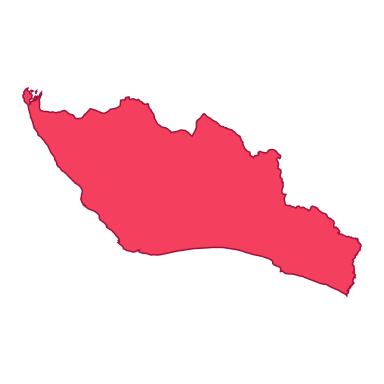 Jembrana, Bali, Indonesia (orthographic projection)
{"feature_id": "22746128B85592790675198", "entity_name": "Jembrana", "entity_type": "district", "adm_level": 2, "iso_a3": "IDN", "parent_name": "Indonesia", "parent_adm1": "Bali", "projection": "orthographic", "projection_center": [114.641, -8.314], "detail": "fine", "context": "isolated", "style": "filled", "palette": "rose", "viewbox_px": 384, "rotation_deg": 0, "n_neighbors": 0, "source": "geoboundaries", "source_scale": "gbopen_adm2", "svg_char_len": 5911}
<svg xmlns="http://www.w3.org/2000/svg" viewBox="0 0 384 384"><path d="M40.5,96.9L40.6,96.0L41.6,94.3L41.5,92.3L40.2,93.7L38.9,96.6L36.2,100.2L31.3,101.6L30.9,102.0L30.8,102.7L30.0,103.4L30.3,104.2L30.1,104.4L29.8,103.2L30.5,102.5L29.7,101.3L29.5,99.6L29.1,99.4L29.6,99.5L30.2,99.0L30.7,99.1L32.0,98.5L31.7,97.7L32.1,95.2L31.6,94.4L30.7,93.8L30.8,93.2L29.9,93.5L30.0,93.0L29.5,92.4L29.5,91.5L27.5,90.8L27.3,90.0L27.9,88.2L26.7,88.6L25.3,89.7L24.8,90.9L24.1,91.4L23.8,92.3L24.1,94.1L23.0,95.1L23.1,97.3L24.3,99.0L24.2,100.9L24.6,101.6L27.4,104.1L28.1,105.6L28.9,110.0L29.5,111.1L29.4,111.9L30.3,114.3L30.6,117.6L31.3,118.5L32.7,122.2L34.1,127.8L37.5,132.3L38.2,135.2L40.5,136.7L41.9,138.1L42.6,139.2L43.8,140.3L45.6,143.2L47.7,145.4L51.0,152.7L54.4,157.0L54.9,159.7L56.6,162.5L56.9,164.7L57.8,166.1L58.4,166.8L59.3,167.1L60.9,169.1L61.4,170.2L64.9,172.6L67.0,174.5L68.2,176.0L74.7,182.4L75.1,183.1L78.6,185.1L80.9,187.5L82.5,190.7L81.2,196.9L81.4,198.5L80.9,198.6L80.9,199.1L81.8,201.9L83.9,204.9L84.5,205.2L83.8,205.3L88.2,208.7L94.5,211.2L97.7,213.6L99.0,215.0L99.4,215.4L99.2,217.9L100.2,219.9L104.6,223.1L106.6,225.5L106.8,226.3L106.4,226.7L106.5,227.1L112.6,231.1L112.7,231.6L114.4,233.2L116.2,235.8L119.2,239.0L118.8,239.9L118.2,240.4L119.0,241.4L119.3,241.2L119.4,241.9L117.9,242.5L122.8,246.6L123.5,248.7L127.3,250.6L130.5,251.2L133.3,252.1L135.6,251.6L137.3,250.5L139.2,250.0L138.4,251.1L139.7,252.3L144.0,253.4L146.1,253.4L151.1,255.0L153.2,254.7L157.6,255.0L161.5,254.5L176.3,251.2L193.7,248.6L207.1,247.8L213.4,247.4L223.1,247.5L237.2,249.7L242.6,251.1L245.8,252.5L249.0,253.1L252.2,254.3L261.9,256.3L269.3,258.8L272.3,260.8L272.8,262.1L272.8,263.6L273.4,264.3L274.1,264.8L274.7,264.8L274.7,265.1L275.2,265.4L279.3,266.9L280.3,267.6L280.9,269.3L280.9,270.0L280.3,271.0L280.4,271.6L282.3,271.1L283.2,271.6L284.1,272.7L286.1,273.6L293.0,274.1L297.2,275.1L299.0,275.8L303.4,276.6L304.2,277.2L319.6,283.1L323.4,284.2L325.9,284.2L331.0,287.1L337.7,290.0L338.2,290.0L341.1,292.0L345.9,294.5L346.8,295.8L346.9,295.4L346.5,294.7L347.6,293.2L348.3,292.9L348.6,291.9L348.3,291.5L347.4,291.1L347.4,290.3L348.6,290.3L348.3,289.4L348.4,289.0L349.5,288.7L349.4,288.1L350.0,287.9L349.5,287.1L349.5,286.8L350.8,286.8L350.5,286.1L350.6,285.7L351.9,285.6L352.4,283.8L353.2,284.0L353.9,282.8L353.2,282.1L352.9,281.0L352.9,280.0L353.4,279.5L353.2,278.6L353.4,278.1L355.2,277.7L354.4,276.5L355.3,276.0L355.3,274.9L354.6,274.2L354.2,273.1L353.3,272.7L353.1,272.3L354.3,271.9L354.1,271.5L354.3,269.7L353.9,269.1L354.2,267.3L353.5,265.9L353.6,265.5L352.5,264.8L352.4,263.8L353.4,261.9L353.6,261.1L352.5,259.9L355.3,257.6L355.3,255.3L356.6,255.1L356.8,254.7L356.5,254.0L357.6,253.6L357.8,253.1L357.6,252.6L358.2,251.5L360.0,250.3L360.3,247.1L361.0,246.2L360.9,244.7L360.3,243.9L359.3,243.6L359.0,242.3L357.9,241.8L357.8,241.0L357.4,240.7L358.1,240.0L357.4,238.6L356.0,238.7L355.9,238.9L355.6,238.3L352.4,238.3L351.4,237.3L350.8,237.7L348.3,236.4L347.1,236.9L341.4,234.2L337.9,233.4L338.0,232.9L339.2,232.4L339.7,231.4L337.7,228.5L335.9,227.1L334.5,227.7L333.7,227.0L333.9,224.8L333.6,224.2L334.2,223.2L333.9,221.6L333.4,220.8L331.8,219.8L331.1,219.0L330.5,218.8L330.2,218.3L328.9,218.3L327.8,217.4L326.9,215.3L325.7,214.0L324.8,213.5L322.5,213.0L321.6,212.4L318.8,210.3L317.0,207.9L316.3,207.6L312.9,206.3L312.1,206.3L311.2,206.8L310.2,209.9L309.6,210.2L308.8,210.1L308.4,210.6L307.4,209.5L306.3,209.1L303.5,207.2L300.8,207.8L300.3,207.6L299.0,206.2L297.8,206.2L296.9,206.6L296.3,207.7L295.4,208.0L293.1,206.8L291.9,206.7L290.0,205.4L287.2,205.5L285.5,204.7L285.0,203.8L285.0,202.2L284.2,199.3L284.5,197.6L285.9,194.4L283.3,194.2L281.9,192.8L281.9,190.2L282.0,189.2L283.0,187.1L283.1,183.4L282.3,182.5L282.9,182.0L282.0,181.1L282.1,179.2L281.8,178.5L280.3,177.5L280.4,176.6L280.0,175.3L281.1,172.4L280.8,170.1L278.1,168.3L278.0,166.7L278.5,164.8L278.5,163.1L276.6,159.6L277.3,157.9L278.6,158.0L279.6,158.6L280.1,158.3L280.7,156.0L280.5,155.4L279.3,154.8L277.4,153.1L276.2,151.2L274.7,150.2L272.9,149.6L270.7,149.6L269.2,150.0L268.5,150.5L266.4,153.1L262.4,152.3L260.4,151.5L259.4,151.5L258.1,152.7L258.0,153.0L258.8,154.1L258.1,155.1L257.8,155.3L254.8,155.7L253.4,157.5L252.4,156.6L249.8,155.4L250.2,154.1L249.8,152.2L246.8,150.9L244.5,148.0L242.8,144.0L243.0,142.3L241.6,140.8L239.9,136.3L236.8,134.6L234.5,131.9L232.9,131.0L232.1,130.1L227.2,128.6L226.5,127.9L224.8,127.7L223.1,126.7L220.9,126.3L219.4,125.3L218.2,123.7L215.8,121.7L213.3,120.7L209.1,117.6L207.3,116.8L204.5,113.8L203.2,114.1L200.6,117.8L197.6,120.2L196.7,121.3L196.4,123.4L196.4,127.7L194.8,131.4L192.0,136.3L191.1,135.7L188.4,132.6L185.1,130.5L180.7,130.0L176.9,131.5L170.6,132.5L170.6,131.7L170.0,130.9L166.9,128.5L165.5,127.8L162.3,127.3L160.8,126.5L159.6,125.2L157.8,124.4L157.4,123.9L154.4,118.2L154.2,116.2L153.5,114.1L151.5,111.3L151.2,110.2L149.4,108.4L148.5,105.6L148.5,104.4L148.1,103.9L147.1,103.8L146.9,104.1L144.6,104.4L143.6,103.4L143.1,103.6L143.0,103.1L142.3,102.8L142.2,102.3L141.6,101.7L140.6,101.6L140.0,101.2L138.5,99.4L137.9,99.5L136.7,100.3L134.3,99.1L132.8,98.8L129.7,99.6L129.3,98.7L129.2,97.2L128.9,96.9L125.7,97.6L125.3,98.8L125.6,99.3L124.3,100.0L122.3,99.9L120.6,100.4L120.2,105.7L117.5,107.6L115.1,108.5L110.5,109.3L109.5,110.0L108.4,111.3L104.4,113.3L102.6,113.2L95.8,110.4L90.8,108.8L90.1,108.9L86.2,113.3L84.3,114.8L83.4,116.3L82.0,117.9L81.0,118.3L77.9,118.7L75.4,118.4L73.7,115.6L72.8,114.9L68.7,113.8L67.5,112.4L65.0,110.5L62.7,110.7L59.8,112.2L58.3,112.0L55.9,112.9L52.7,111.9L50.5,112.4L46.7,111.4L44.4,111.6L41.3,110.6L40.0,109.8L39.3,106.4L39.7,104.8L39.4,100.5L39.1,99.9L40.5,96.9ZM35.3,96.1L33.1,99.9L33.3,100.5L33.8,100.5L35.2,99.7L36.8,98.2L37.7,96.7L37.6,96.3L36.7,97.2L36.1,97.3L35.9,96.9L36.4,96.6L35.3,96.1ZM33.1,91.0L31.2,90.3L30.9,90.5L31.1,91.1L31.8,91.6L32.6,91.5L33.1,91.0ZM36.3,91.3L36.4,90.9L35.5,91.7L35.9,93.1L36.2,93.1L36.6,91.5L36.3,91.3Z" fill="#f43f5e" stroke="#9f1239" stroke-width="1.5"/></svg>